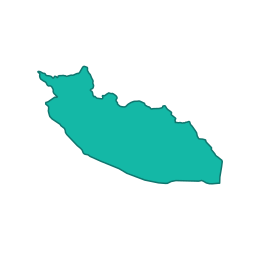 an SVG outline of Terengganu, rotated 143°
{"feature_id": "MYS-1149", "entity_name": "Terengganu", "entity_type": "State", "adm_level": 1, "iso_a3": "MYS", "parent_name": "Malaysia", "parent_adm1": "", "projection": "mercator", "projection_center": [102.939, 4.865], "detail": "fine", "context": "isolated", "style": "filled", "palette": "teal", "viewbox_px": 256, "rotation_deg": 143, "n_neighbors": 0, "source": "natural_earth", "source_scale": "10m", "svg_char_len": 4708}
<svg xmlns="http://www.w3.org/2000/svg" viewBox="0 0 256 256"><g transform="rotate(143 128 128)"><path d="M88.1,28.8L88.9,29.4L94.2,32.7L96.5,34.5L98.5,37.0L99.8,40.2L100.8,41.8L103.5,43.0L121.4,57.2L125.7,59.3L129.8,60.1L131.4,61.2L136.6,65.8L145.9,76.3L156.1,92.4L159.6,100.9L169.5,117.5L175.4,128.2L175.9,130.2L176.3,130.9L178.1,132.9L178.6,133.9L178.7,135.1L177.9,138.0L178.1,140.3L179.1,144.5L180.8,159.7L180.6,162.0L179.6,163.8L179.0,165.8L180.2,170.3L180.0,171.8L183.2,181.0L183.5,184.1L183.2,185.2L181.8,188.7L181.1,189.9L180.4,190.5L179.0,192.2L178.6,193.0L178.7,193.8L179.3,196.5L178.7,197.5L178.1,197.8L177.7,197.6L177.0,197.3L175.7,197.0L168.4,196.7L168.0,196.6L167.7,196.5L167.5,196.3L167.3,196.0L167.1,195.8L166.8,195.6L165.9,195.3L165.7,195.4L165.7,195.8L166.0,197.7L166.0,198.1L166.3,199.6L166.3,200.4L166.2,201.2L166.0,201.6L165.9,201.9L165.6,202.5L165.4,202.7L164.9,203.2L164.7,203.4L164.6,203.7L164.2,206.0L164.1,206.4L164.2,206.8L164.3,207.6L164.4,207.9L164.5,208.2L164.8,208.5L165.0,208.7L165.6,209.0L165.9,209.2L166.1,209.4L166.3,209.7L166.5,210.3L166.6,211.1L166.5,211.5L166.5,211.9L166.3,212.6L166.2,213.4L166.2,213.8L166.2,214.2L166.4,214.6L166.4,214.8L167.2,216.4L168.1,219.1L168.2,219.4L168.2,219.8L168.2,220.2L167.9,221.3L167.7,222.0L167.2,222.7L166.8,223.3L166.5,223.5L166.3,223.7L166.1,223.9L165.9,224.2L165.8,224.5L166.2,226.8L166.1,227.1L165.9,227.2L165.5,227.1L164.8,226.5L164.4,226.0L164.1,225.6L163.2,223.5L162.9,222.9L161.7,221.7L161.6,221.3L161.6,220.9L161.7,220.2L161.7,219.8L161.7,219.5L161.6,219.2L161.2,218.6L159.6,217.1L158.8,216.1L158.4,215.5L158.2,215.0L158.2,214.8L158.0,213.3L157.8,213.0L157.5,212.8L156.7,212.9L156.3,213.1L155.9,213.3L155.6,213.4L155.2,213.2L154.8,212.8L154.6,212.4L154.4,212.0L154.4,211.2L154.2,210.9L153.9,210.8L153.3,210.9L152.6,211.4L152.2,211.4L151.5,211.2L149.2,209.6L148.6,209.3L148.1,208.9L147.7,208.6L147.3,208.0L147.1,207.8L146.9,207.6L146.6,207.4L146.5,207.1L146.4,206.8L146.2,206.5L146.0,206.2L145.7,206.0L145.4,205.9L141.9,204.6L141.2,204.1L140.8,203.7L140.4,203.4L139.8,203.1L137.0,202.5L135.7,202.1L135.4,201.9L135.1,201.7L134.7,201.3L133.1,201.5L127.7,203.8L126.7,203.9L126.4,203.8L126.1,203.7L125.8,203.5L125.6,203.2L125.2,202.7L124.2,201.1L124.2,200.7L124.3,200.2L125.6,198.6L125.8,198.1L125.9,197.4L126.1,196.0L126.2,195.2L126.0,193.5L127.0,189.6L127.3,187.8L127.3,187.4L127.5,186.9L127.9,186.2L128.8,185.4L129.2,184.8L129.7,183.2L129.9,182.7L130.3,182.2L131.3,181.4L131.9,181.1L132.4,180.9L132.8,180.9L133.2,181.0L134.0,181.2L134.3,181.2L135.0,181.1L135.3,180.8L135.4,180.5L134.8,178.9L134.9,178.3L135.1,177.5L135.8,176.1L136.4,174.7L136.3,173.4L135.6,173.3L135.4,173.0L135.3,172.2L135.1,171.1L135.0,170.8L134.8,170.4L131.4,167.1L130.9,166.9L130.5,166.9L130.2,167.1L130.0,167.3L129.7,167.5L129.6,167.8L129.4,168.6L129.3,168.9L129.0,169.0L128.7,169.1L128.4,168.9L127.9,168.3L127.6,168.1L127.3,168.0L126.9,167.9L125.7,167.8L125.3,167.9L124.5,167.9L124.2,167.8L123.9,167.7L122.6,167.7L122.2,167.5L121.8,167.0L121.2,166.1L120.4,165.4L119.6,164.9L119.3,164.3L119.0,163.6L118.4,161.8L118.2,160.8L118.2,159.9L118.4,159.1L118.6,158.7L118.9,158.4L119.2,158.2L120.2,157.9L120.5,157.7L120.8,157.5L120.9,157.3L121.1,156.9L121.2,156.6L121.3,154.4L121.5,154.0L121.8,153.7L122.0,153.3L121.9,152.7L121.6,151.5L121.5,150.9L121.2,150.0L121.0,149.8L120.1,148.7L118.3,147.0L116.8,146.5L114.0,146.9L112.3,146.8L110.4,146.6L109.8,146.4L109.2,146.3L107.3,145.7L106.3,145.1L104.5,143.8L102.9,142.9L102.1,141.8L100.0,137.8L100.5,136.3L100.4,135.5L99.5,133.4L99.2,133.0L98.9,132.6L98.4,131.9L98.2,131.1L98.1,129.6L97.8,129.1L97.5,128.8L96.8,128.6L96.4,128.4L91.5,124.9L89.0,123.8L88.6,123.7L88.3,123.7L88.0,123.7L87.7,123.9L87.5,124.2L87.2,124.4L86.7,124.4L85.6,123.9L85.2,123.5L85.0,123.1L85.2,121.1L85.3,120.3L85.1,118.7L84.2,115.9L84.0,115.1L84.0,114.6L83.9,114.5L83.9,114.4L84.0,114.2L84.1,113.9L84.3,113.7L84.5,113.5L84.8,113.3L85.1,113.2L85.3,112.9L85.4,112.4L84.2,107.5L84.2,106.9L84.4,106.7L84.7,106.5L85.4,106.3L85.7,106.2L85.9,105.9L85.9,105.6L86.0,105.2L86.1,104.9L86.6,104.4L86.8,103.9L86.6,103.7L85.8,103.1L84.8,102.0L84.4,101.7L84.2,101.6L83.8,101.4L83.4,101.2L82.9,100.8L81.6,99.2L81.3,99.0L80.5,98.7L80.0,98.2L79.7,98.0L79.3,97.9L78.9,97.9L78.5,97.8L78.2,97.7L77.7,97.3L77.4,97.1L76.1,96.8L75.4,96.5L75.2,96.1L75.1,95.7L75.7,94.0L75.9,93.3L75.9,92.9L75.9,92.5L75.7,91.0L75.9,85.2L76.1,82.9L76.3,82.5L77.5,80.0L77.9,77.5L77.8,76.6L77.3,76.1L75.1,74.2L73.5,72.2L73.3,71.7L73.4,71.3L73.7,71.2L73.9,70.3L73.9,68.6L73.2,62.7L73.3,61.7L74.1,61.2L74.2,60.9L74.4,60.6L74.2,55.2L74.5,53.5L74.4,52.9L74.2,51.9L73.9,51.3L72.5,45.7L73.0,44.4L76.6,40.7L84.2,33.5L87.9,28.9L88.1,28.8Z" fill="#14b8a6" stroke="#0f766e" stroke-width="1.5"/></g></svg>